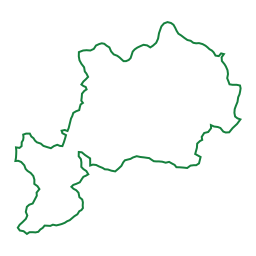 the district of Paraisópolis, Minas Gerais, Brazil
{"feature_id": "56859067B39905941746650", "entity_name": "Paraisópolis", "entity_type": "district", "adm_level": 2, "iso_a3": "BRA", "parent_name": "Brazil", "parent_adm1": "Minas Gerais", "projection": "robinson", "projection_center": [-45.837, -22.581], "detail": "fine", "context": "isolated", "style": "outline", "palette": "green", "viewbox_px": 256, "rotation_deg": 0, "n_neighbors": 0, "source": "geoboundaries", "source_scale": "gbopen_adm2", "svg_char_len": 3178}
<svg xmlns="http://www.w3.org/2000/svg" viewBox="0 0 256 256"><path d="M223.9,54.1L221.1,53.4L218.8,56.1L215.5,55.6L213.6,52.3L211.8,50.5L209.5,49.2L207.5,47.3L205.5,45.7L202.6,44.1L199.0,43.1L196.1,43.3L193.3,42.8L190.7,40.8L187.4,40.0L184.5,38.0L181.1,35.4L178.4,33.7L176.6,30.8L175.2,27.8L173.5,24.8L171.0,23.0L167.5,22.1L164.0,23.4L161.4,26.4L160.2,29.8L159.0,33.2L158.1,38.6L156.2,42.8L152.8,45.8L150.3,47.4L147.2,45.4L143.5,44.8L140.7,46.0L137.3,47.6L134.7,49.4L132.7,51.6L131.6,55.1L130.6,58.1L128.7,60.0L126.1,61.1L123.5,61.1L121.3,59.1L119.6,57.5L117.3,55.8L113.7,54.4L111.1,51.4L109.4,47.4L106.6,45.7L104.3,43.8L101.8,43.3L99.3,44.0L96.0,45.5L93.8,48.9L90.4,50.5L86.5,50.2L83.1,50.5L78.9,52.1L78.8,56.4L79.5,60.3L81.4,63.8L84.1,67.3L84.8,71.5L86.4,73.5L88.1,76.9L85.8,79.3L83.4,81.5L81.4,84.5L83.4,86.0L85.7,87.0L86.6,89.4L84.3,90.9L82.0,93.7L81.7,97.6L81.3,100.7L82.9,102.9L80.6,104.5L79.9,106.9L79.2,110.1L76.0,111.3L73.3,112.9L72.3,116.0L71.0,118.6L70.2,121.9L69.5,124.7L68.7,128.0L67.5,131.0L64.7,130.0L61.6,130.7L62.4,133.2L66.0,135.1L65.2,138.0L63.9,142.2L62.4,146.1L59.9,145.9L57.3,144.8L53.9,146.1L50.9,148.2L47.5,147.2L43.4,145.9L40.8,143.6L36.9,142.3L35.0,140.6L33.5,138.2L31.3,136.5L29.8,133.6L26.1,133.6L23.2,134.6L23.5,137.4L23.1,140.0L21.7,142.3L21.6,146.1L19.5,147.9L16.0,147.4L16.3,150.9L16.2,154.2L16.0,157.6L15.4,161.0L18.2,160.8L21.2,162.0L24.3,165.3L25.6,168.9L27.5,170.9L30.7,173.0L33.3,176.0L34.4,179.7L34.3,183.9L37.5,186.2L39.4,189.1L36.6,192.6L36.8,195.7L35.0,199.1L32.7,203.5L29.3,204.7L26.9,206.8L25.8,211.9L27.3,215.5L25.9,218.8L22.3,222.4L19.7,224.7L17.8,227.7L19.8,230.5L23.6,231.2L26.9,233.9L29.5,232.2L32.8,232.2L35.5,232.4L38.3,231.8L40.3,229.5L42.7,227.9L44.6,225.6L47.2,225.7L50.3,225.9L52.9,224.7L56.3,225.4L59.3,224.7L61.8,224.0L64.8,222.8L67.2,221.2L69.7,220.2L71.8,218.4L74.4,216.2L77.4,214.3L79.3,211.2L81.4,210.1L82.9,208.1L82.7,205.4L82.9,202.3L82.2,199.5L79.4,197.2L78.5,192.7L76.2,190.2L73.5,188.8L71.4,186.8L73.3,184.9L76.2,183.9L79.8,182.3L81.8,179.1L83.4,176.8L85.9,175.7L88.3,174.3L86.3,171.0L83.4,169.1L81.3,166.9L81.4,162.4L80.9,159.1L78.7,156.3L78.8,152.0L81.8,152.3L85.0,155.0L87.7,156.8L90.1,158.4L90.2,162.1L90.2,165.5L92.9,164.6L96.2,165.0L99.1,166.5L102.6,167.9L104.8,169.3L107.9,169.5L111.4,170.7L115.2,171.4L118.4,168.7L121.4,165.9L123.2,162.4L124.9,160.3L128.0,159.5L130.5,158.9L132.9,157.5L136.7,156.2L140.4,157.0L144.1,157.4L146.8,157.8L149.2,158.1L151.5,159.7L153.8,161.2L156.2,161.4L158.8,161.4L162.2,161.7L165.7,162.7L169.1,161.9L172.3,163.7L174.6,164.9L176.4,167.2L179.7,167.3L183.6,167.6L187.2,168.0L190.5,165.6L193.8,165.2L196.2,165.2L199.0,163.4L200.6,157.0L195.2,154.0L196.9,147.8L197.2,143.6L200.0,141.0L202.2,139.9L201.7,136.9L204.2,133.0L208.2,132.0L211.1,128.2L210.9,125.1L214.0,126.5L217.8,127.0L220.4,128.0L223.3,131.6L225.7,132.5L229.2,132.3L232.6,128.1L237.1,123.9L240.4,119.4L237.4,118.3L235.1,116.5L234.4,112.8L234.7,109.1L235.9,105.8L237.5,101.9L238.2,97.2L239.5,94.3L240.1,91.5L240.6,88.3L240.0,85.5L236.7,84.8L232.5,84.8L229.5,84.3L228.5,81.5L227.2,78.2L228.0,74.1L227.5,70.2L225.9,66.5L224.5,64.2L221.9,61.0L221.6,57.3L223.9,54.1Z" fill="none" stroke="#15803d" stroke-width="2"/></svg>